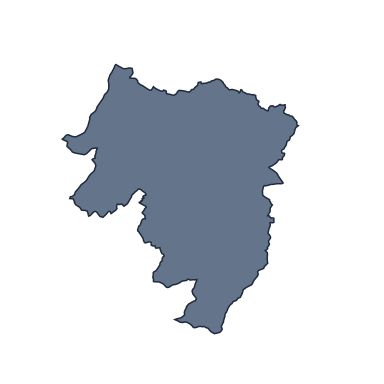 outline of Mai Son, Son La, Vietnam, rotated 255°
{"feature_id": "81297802B85756054610964", "entity_name": "Mai Son", "entity_type": "district", "adm_level": 2, "iso_a3": "VNM", "parent_name": "Vietnam", "parent_adm1": "Son La", "projection": "natural_earth1", "projection_center": [103.999, 21.168], "detail": "fine", "context": "isolated", "style": "filled", "palette": "slate", "viewbox_px": 384, "rotation_deg": 255, "n_neighbors": 0, "source": "geoboundaries", "source_scale": "gbopen_adm2", "svg_char_len": 6049}
<svg xmlns="http://www.w3.org/2000/svg" viewBox="0 0 384 384"><g transform="rotate(255 192 192)"><path d="M277.2,81.8L276.6,80.3L276.3,80.4L273.1,84.5L271.9,84.6L268.5,83.0L263.6,86.1L261.7,86.7L260.1,88.8L255.9,97.5L256.4,100.2L259.6,105.9L259.8,106.7L259.4,110.3L259.0,111.5L258.8,111.8L256.0,109.8L254.6,109.4L251.7,107.4L249.8,107.2L249.7,105.1L249.0,103.8L245.0,105.7L242.9,106.0L241.8,105.7L237.8,103.0L236.9,101.7L235.9,99.3L233.9,96.5L231.0,93.6L229.7,91.7L227.8,86.9L225.3,83.9L222.5,79.7L219.7,77.5L218.7,75.3L218.9,73.3L217.3,72.2L216.1,75.5L213.0,75.9L212.6,76.2L212.1,75.7L209.8,76.4L206.2,79.6L204.6,80.2L203.1,80.5L201.7,84.3L200.5,86.0L195.5,85.9L195.4,86.9L195.7,87.6L198.2,92.1L198.4,92.9L198.2,93.7L197.4,94.7L192.3,96.7L190.7,99.2L190.6,99.4L193.0,103.9L194.3,105.4L194.7,106.4L194.6,107.6L194.3,107.9L192.1,108.2L194.2,113.7L195.3,115.2L197.1,115.3L199.3,116.2L199.5,116.7L198.6,118.9L198.5,121.0L198.0,121.6L196.3,122.1L195.9,122.6L196.7,125.0L197.5,126.7L202.8,132.1L204.6,133.2L205.7,135.5L206.4,136.3L207.8,139.4L208.6,140.7L208.6,141.7L207.6,143.2L205.2,144.8L203.7,146.3L202.4,146.8L201.5,146.9L200.8,146.6L201.1,145.3L200.7,143.9L200.0,143.3L199.1,144.1L198.5,143.9L198.2,143.5L198.5,142.6L198.4,142.0L197.4,142.1L196.8,141.9L196.7,140.6L196.0,140.6L195.7,140.3L195.8,138.4L195.3,138.3L194.9,138.6L189.9,143.9L189.2,143.9L187.9,141.8L186.3,140.5L185.3,138.8L184.5,138.5L181.7,140.4L178.2,139.9L178.6,139.2L178.6,137.8L178.5,137.3L177.5,136.1L173.6,133.5L172.8,131.8L169.6,129.7L168.4,129.5L167.5,130.2L161.0,132.4L159.2,132.8L158.1,132.6L155.8,132.9L155.1,133.4L154.9,134.0L154.9,137.7L154.6,138.7L153.7,139.4L151.1,138.9L150.3,139.8L149.3,142.3L147.4,142.3L147.0,143.0L146.5,146.6L145.2,146.4L141.6,146.7L140.4,147.0L139.6,147.9L138.2,148.6L137.4,148.6L136.9,147.4L135.8,146.2L133.2,145.2L132.7,143.9L131.5,142.7L129.9,142.1L126.4,138.3L125.1,136.5L124.8,134.6L124.3,133.8L121.1,132.8L120.0,132.1L117.8,132.2L115.5,131.6L114.9,132.8L113.8,136.6L113.0,137.8L110.5,140.6L106.8,142.5L106.0,143.9L106.0,145.4L107.3,149.1L107.0,152.1L107.1,154.3L107.3,155.6L108.5,159.5L108.0,163.9L108.9,165.5L108.5,166.5L107.6,167.1L107.2,168.2L107.2,169.4L106.3,172.5L106.2,174.0L104.7,173.3L103.1,171.8L99.0,169.4L97.7,167.4L96.2,166.4L93.0,166.5L89.4,168.2L87.7,168.6L86.1,167.0L86.1,165.3L84.7,159.9L82.6,156.9L81.6,156.6L80.1,155.1L77.9,153.5L75.6,153.1L74.9,152.6L73.3,148.8L73.4,144.2L73.2,142.4L70.6,145.6L69.1,146.9L69.0,147.9L68.4,148.8L68.3,151.3L67.6,153.1L66.5,154.5L64.6,156.3L62.7,157.5L60.7,158.3L60.1,160.1L60.3,164.0L60.1,165.2L59.1,167.3L59.0,169.0L57.2,170.6L56.7,171.6L55.9,172.5L54.2,173.1L52.3,174.1L49.4,176.9L49.2,182.3L49.8,183.7L51.5,185.6L52.8,185.7L54.0,185.4L54.8,185.7L58.4,188.8L60.0,189.4L63.2,191.5L65.0,192.1L66.5,193.3L66.9,194.1L70.4,196.7L72.4,198.7L73.6,200.6L73.8,201.6L75.6,203.5L75.6,206.0L76.2,207.5L77.4,208.6L77.7,211.3L80.8,214.1L84.4,216.2L84.9,217.9L85.7,219.4L86.9,225.2L87.3,226.1L90.6,228.9L93.5,233.1L94.9,234.4L95.7,234.7L97.9,234.7L99.0,236.0L99.6,241.5L101.0,242.3L103.6,246.7L105.2,246.8L109.0,247.6L112.6,248.9L114.1,249.0L116.5,247.6L116.9,249.1L117.4,250.1L117.9,250.5L119.2,250.5L120.0,251.8L121.3,253.2L122.0,253.3L124.2,253.0L125.2,253.6L127.1,255.9L128.4,256.2L130.7,255.7L131.7,255.0L132.6,254.8L136.4,256.7L138.4,258.3L140.0,259.1L142.0,259.3L142.2,259.7L141.5,261.5L141.4,263.1L141.8,263.4L143.7,263.7L144.8,264.2L145.7,264.1L146.6,261.6L147.0,261.0L148.7,260.7L149.4,258.9L153.1,262.5L155.5,263.1L156.5,263.7L158.7,266.3L159.7,265.5L162.3,265.1L162.9,264.7L164.5,264.9L168.0,261.4L170.6,259.5L174.7,260.3L176.7,261.3L179.0,262.7L179.4,263.7L179.0,264.4L178.8,265.8L178.9,270.4L178.5,271.8L178.0,276.3L176.8,280.6L176.9,281.8L177.2,282.4L184.2,279.8L188.0,278.9L191.2,276.6L194.8,273.3L195.8,272.7L196.3,273.5L196.7,276.6L198.4,281.2L200.8,284.2L199.9,287.0L200.1,287.8L201.6,288.1L203.4,290.6L205.2,291.4L205.7,291.1L206.0,289.6L206.3,289.2L207.5,289.0L208.8,289.2L209.4,289.9L209.8,291.9L211.1,293.0L212.8,295.0L216.3,296.9L216.9,299.3L218.0,300.3L219.9,301.2L220.8,303.7L222.2,305.7L226.4,308.1L227.4,309.1L228.5,311.8L229.3,310.8L231.1,310.9L232.2,311.4L233.6,311.1L235.4,310.0L238.8,308.7L239.6,307.8L239.9,306.6L241.2,305.7L242.2,303.8L244.2,301.5L245.0,301.3L245.8,301.3L246.7,301.8L247.7,302.9L249.9,304.3L251.2,304.1L252.1,304.5L252.5,301.6L253.0,300.3L253.6,300.1L253.8,299.6L252.9,297.0L252.6,294.5L253.0,293.5L254.3,292.5L254.8,290.1L253.3,287.9L250.8,286.6L250.8,285.9L252.2,284.3L254.4,282.5L254.9,280.6L256.6,280.0L258.3,278.7L260.0,278.5L261.8,280.0L262.6,280.0L264.1,278.5L265.1,278.1L267.4,278.2L268.6,278.5L268.9,278.3L270.1,276.6L270.8,274.0L271.6,273.1L272.4,270.8L275.8,266.8L277.6,266.5L278.2,265.8L278.1,265.5L275.9,264.0L275.6,263.2L277.6,262.4L278.7,260.9L280.7,257.3L281.0,254.4L283.2,253.3L284.7,251.9L287.1,251.3L288.7,250.4L289.8,250.4L291.1,249.7L293.4,247.9L294.2,246.4L294.9,244.4L294.1,241.9L294.3,240.3L294.1,239.1L293.5,238.2L293.8,236.3L293.4,233.7L294.0,231.3L294.1,229.3L294.3,229.1L296.0,229.1L296.2,226.4L293.6,225.0L292.1,221.7L291.0,220.4L290.8,219.7L291.0,218.1L289.2,215.7L289.9,213.3L290.8,212.2L291.9,210.0L293.4,206.2L293.4,205.4L292.4,203.6L291.9,203.4L291.2,202.7L290.3,200.5L290.2,199.6L290.8,197.9L291.6,196.8L293.6,193.0L294.8,192.8L295.4,193.2L296.5,193.0L297.0,192.5L297.3,191.5L297.8,190.9L297.2,190.3L297.1,189.5L297.7,187.8L301.4,183.6L303.7,182.0L300.9,179.1L301.3,177.6L302.8,175.9L307.7,171.6L308.8,170.1L311.6,168.1L312.9,168.0L313.7,168.3L316.0,167.0L316.6,166.1L318.1,161.5L319.2,161.8L319.9,163.1L321.4,165.0L322.3,165.8L326.8,166.2L327.7,164.6L328.2,162.8L328.1,161.4L328.7,157.9L329.9,156.4L331.8,154.6L332.3,153.9L334.8,151.6L334.4,150.6L331.9,148.7L328.7,145.8L326.4,143.2L321.7,140.0L316.8,139.4L312.9,138.1L310.6,136.1L308.6,132.7L305.5,130.3L298.9,122.5L296.5,120.9L295.0,119.4L293.0,114.6L290.6,112.5L288.6,112.0L282.3,108.3L277.7,104.1L276.8,102.1L275.4,94.7L275.5,93.1L276.9,90.4L279.1,87.6L279.4,86.9L279.4,85.5L279.1,84.7L277.2,81.8Z" fill="#64748b" stroke="#1e293b" stroke-width="1.5"/></g></svg>